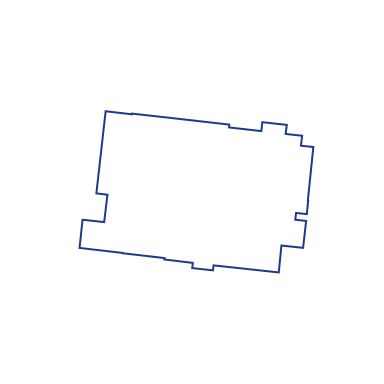 the district of Carlos Tejedor, Buenos Aires, Argentina, rotated 141°
{"feature_id": "61730980B61876831945092", "entity_name": "Carlos Tejedor", "entity_type": "district", "adm_level": 2, "iso_a3": "ARG", "parent_name": "Argentina", "parent_adm1": "Buenos Aires", "projection": "orthographic", "projection_center": [-62.467, -35.397], "detail": "fine", "context": "isolated", "style": "outline", "palette": "blue", "viewbox_px": 384, "rotation_deg": 141, "n_neighbors": 0, "source": "geoboundaries", "source_scale": "gbopen_adm2", "svg_char_len": 587}
<svg xmlns="http://www.w3.org/2000/svg" viewBox="0 0 384 384"><g transform="rotate(141 192 192)"><path d="M208.3,309.1L267.2,251.1L259.4,243.1L279.2,223.9L294.5,239.3L314.6,219.3L284.3,188.3L284.5,188.1L254.9,157.9L255.9,156.9L236.0,136.4L239.7,132.7L225.0,117.9L221.4,121.4L175.2,74.9L156.2,94.1L140.8,78.7L121.5,97.7L129.2,105.5L124.3,110.2L116.7,102.6L107.2,112.1L107.4,112.4L69.4,150.6L78.2,159.4L71.0,166.4L82.7,178.2L76.1,184.5L93.4,202.0L99.8,195.7L122.6,218.9L120.6,220.9L137.9,238.5L189.3,290.7L189.8,290.2L208.3,309.1Z" fill="none" stroke="#1e3a8a" stroke-width="2"/></g></svg>